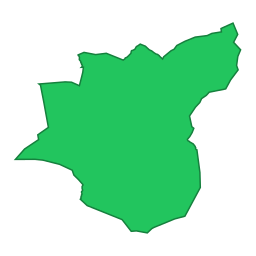 the district of O'lziit, Bayanhongor, Mongolia
{"feature_id": "93677404B2040625721248", "entity_name": "O'lziit", "entity_type": "district", "adm_level": 2, "iso_a3": "MNG", "parent_name": "Mongolia", "parent_adm1": "Bayanhongor", "projection": "natural_earth1", "projection_center": [100.982, 45.969], "detail": "fine", "context": "isolated", "style": "filled", "palette": "green", "viewbox_px": 256, "rotation_deg": 0, "n_neighbors": 0, "source": "geoboundaries", "source_scale": "gbopen_adm2", "svg_char_len": 2508}
<svg xmlns="http://www.w3.org/2000/svg" viewBox="0 0 256 256"><path d="M15.4,159.4L35.0,159.3L42.7,160.1L59.5,164.3L72.2,170.2L73.9,175.1L78.6,179.7L82.9,184.6L82.9,185.0L82.8,185.4L82.4,185.9L82.1,186.5L82.1,187.1L82.1,187.6L82.1,188.3L82.3,189.2L82.5,189.7L82.6,190.2L82.4,190.7L82.1,191.2L81.7,191.4L81.5,191.9L81.5,192.3L81.7,192.8L81.8,193.1L81.9,193.5L82.0,193.8L82.0,194.2L81.8,194.5L81.5,194.9L81.4,195.2L81.5,195.7L81.5,196.0L81.4,196.2L81.2,196.5L81.0,196.8L80.9,197.2L81.1,198.2L80.3,199.2L87.2,205.6L122.1,219.6L131.2,231.3L136.4,230.9L147.3,232.9L151.8,228.6L154.0,227.4L174.7,218.9L184.9,216.2L200.3,187.5L199.9,172.5L196.9,149.8L196.5,149.7L196.2,149.6L195.9,149.2L195.7,148.9L195.6,148.6L195.6,148.3L195.7,148.0L195.7,147.7L195.5,147.4L195.3,147.0L195.2,146.6L195.1,146.4L194.9,146.1L194.6,145.8L194.5,145.4L194.2,145.2L193.9,144.8L193.6,144.4L193.3,144.1L193.0,143.7L192.6,143.6L192.2,143.3L191.9,143.2L191.5,142.9L191.1,142.7L190.6,142.4L190.2,142.3L189.8,142.0L189.6,141.6L189.2,141.3L188.5,141.1L188.0,140.7L187.6,140.2L187.4,139.3L189.8,136.5L192.1,132.6L193.8,128.3L191.8,126.7L189.5,116.0L195.5,107.1L199.8,102.5L201.6,98.6L206.4,95.3L209.2,92.2L225.7,88.9L230.6,79.9L238.1,69.9L236.6,65.5L237.8,56.5L240.6,49.8L233.6,42.3L237.7,34.4L233.0,23.1L221.0,28.5L221.4,31.9L211.9,33.4L207.2,35.6L195.2,37.1L185.1,41.2L176.8,45.5L174.0,49.3L171.1,50.7L163.7,56.8L162.6,59.0L159.5,56.2L159.4,55.9L159.2,55.6L158.7,55.3L158.3,55.0L157.9,54.6L157.6,54.4L157.1,54.3L156.0,54.0L154.9,53.3L154.0,52.7L153.1,52.0L152.1,51.2L151.5,50.8L150.5,50.4L149.5,49.9L149.0,49.6L148.3,48.9L147.6,48.3L145.4,46.2L140.2,44.1L137.7,45.9L136.8,46.3L136.4,46.6L136.1,47.0L135.7,47.8L135.4,48.3L135.2,48.8L134.7,49.3L133.7,49.9L133.1,50.2L132.5,50.4L131.7,50.6L131.4,50.9L131.2,51.4L131.2,52.2L131.0,52.6L130.9,53.3L130.3,54.0L129.7,54.5L129.4,54.8L128.9,55.5L128.3,56.0L127.3,56.9L126.7,57.4L125.6,57.8L125.2,58.0L125.1,58.3L124.8,58.9L124.5,59.2L124.0,59.5L123.2,60.1L106.3,53.3L95.6,54.6L84.0,52.4L78.1,54.9L78.2,55.3L78.3,55.6L78.6,55.8L79.1,56.2L79.2,56.5L79.3,57.1L79.5,57.8L79.4,58.3L79.3,59.0L79.3,59.5L79.4,59.8L79.8,60.2L80.0,60.6L80.4,60.9L80.6,61.3L80.8,61.7L80.8,62.3L80.9,62.7L81.2,62.8L81.3,63.2L81.5,63.3L81.5,63.8L81.7,64.2L81.8,64.4L81.7,64.7L82.2,65.1L82.3,65.4L82.3,66.0L82.2,66.5L81.4,67.3L83.4,67.2L82.8,72.2L81.8,76.3L79.4,85.7L71.5,82.2L65.1,81.9L39.0,84.0L40.5,85.2L43.8,102.1L48.4,127.4L37.8,134.8L38.6,139.6L24.6,149.0L15.4,159.4Z" fill="#22c55e" stroke="#15803d" stroke-width="1.5"/></svg>